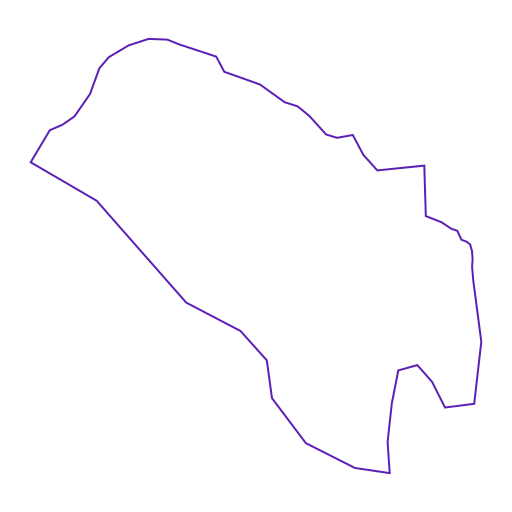 outline of Nakasongola
{"feature_id": "UGA-3090", "entity_name": "Nakasongola", "entity_type": "District", "adm_level": 1, "iso_a3": "UGA", "parent_name": "Uganda", "parent_adm1": "", "projection": "robinson", "projection_center": [32.471, 1.323], "detail": "fine", "context": "isolated", "style": "outline", "palette": "violet", "viewbox_px": 512, "rotation_deg": 0, "n_neighbors": 0, "source": "natural_earth", "source_scale": "10m", "svg_char_len": 721}
<svg xmlns="http://www.w3.org/2000/svg" viewBox="0 0 512 512"><path d="M148.6,38.9L167.2,39.6L179.7,44.6L216.2,56.6L224.3,71.8L260.0,84.5L284.6,102.2L297.7,106.4L309.4,116.0L326.1,134.5L337.1,137.8L352.8,135.0L363.3,154.8L377.3,170.4L424.3,165.6L425.8,216.1L441.6,222.3L451.4,228.8L457.3,230.8L461.4,239.7L466.6,241.7L470.1,244.4L472.0,251.0L472.6,259.3L472.1,266.8L473.2,280.0L481.3,341.7L474.2,403.8L445.0,407.5L432.1,381.9L417.3,365.1L398.3,370.4L391.8,403.5L387.6,441.9L389.7,473.1L355.0,468.0L305.9,443.2L272.0,398.2L266.8,360.3L240.5,331.0L186.2,302.6L96.7,200.8L30.7,162.3L49.8,130.2L62.5,124.7L74.5,116.4L90.0,94.0L99.4,68.2L108.9,57.1L128.8,45.3L148.6,38.9Z" fill="none" stroke="#5b21b6" stroke-width="2"/></svg>